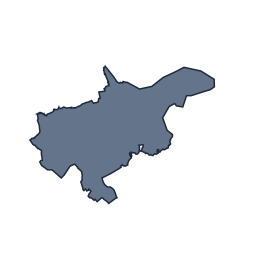 Rindal nor, Møre og Romsdal, Norway (Mercator projection), rotated 252°
{"feature_id": "86288312B78124054872734", "entity_name": "Rindal nor", "entity_type": "district", "adm_level": 2, "iso_a3": "NOR", "parent_name": "Norway", "parent_adm1": "Møre og Romsdal", "projection": "mercator", "projection_center": [9.312, 63.003], "detail": "fine", "context": "isolated", "style": "filled", "palette": "slate", "viewbox_px": 256, "rotation_deg": 252, "n_neighbors": 0, "source": "geoboundaries", "source_scale": "gbopen_adm2", "svg_char_len": 5524}
<svg xmlns="http://www.w3.org/2000/svg" viewBox="0 0 256 256"><g transform="rotate(252 128 128)"><path d="M146.9,31.0L142.5,32.3L142.2,32.3L140.6,33.4L140.4,34.1L140.2,34.2L139.3,34.5L138.9,34.8L138.5,34.9L137.7,35.4L137.1,35.5L136.7,35.8L136.3,35.8L136.1,36.4L136.1,36.5L135.9,36.8L134.5,37.7L134.4,37.8L134.4,38.1L133.1,38.7L131.4,38.0L128.6,37.3L128.1,37.4L123.8,36.5L123.9,35.0L123.0,33.6L119.0,34.3L113.1,38.6L111.6,42.9L101.1,49.1L103.1,52.9L109.5,60.9L110.0,64.1L109.9,66.4L105.0,68.3L104.9,68.1L102.3,69.8L101.5,70.0L101.0,70.4L97.3,69.9L92.2,68.0L91.6,66.6L90.7,66.5L85.9,66.5L84.6,66.4L83.4,66.1L82.1,66.7L83.2,68.7L81.7,69.2L81.1,69.2L81.2,69.5L80.9,70.0L81.0,70.2L80.9,70.5L81.0,71.0L81.8,71.6L82.0,71.9L79.3,73.2L78.7,72.3L78.2,71.9L77.6,70.8L76.4,70.0L75.7,69.1L73.9,69.7L73.3,70.3L73.1,71.2L72.7,71.6L69.8,73.4L70.2,74.3L70.4,74.6L67.5,75.9L69.8,81.5L69.4,82.1L68.2,82.8L67.4,83.1L64.9,85.2L62.2,86.4L64.8,93.9L65.1,96.0L66.7,95.7L70.7,95.8L71.7,95.6L73.6,95.4L75.7,94.3L77.4,92.9L77.8,91.5L77.9,90.8L79.0,89.7L80.5,88.8L81.9,88.1L85.0,87.7L88.1,87.8L88.5,87.7L90.1,98.0L90.9,101.5L91.3,103.0L91.8,105.8L92.7,108.8L92.8,109.3L94.0,109.2L94.1,109.7L94.2,109.8L94.5,110.3L94.9,111.1L93.9,111.4L93.6,111.6L93.0,112.7L92.7,113.5L92.6,114.2L92.6,114.6L92.9,115.5L92.8,116.2L93.5,116.5L94.1,116.5L94.3,116.7L94.3,116.8L94.5,116.9L96.6,118.5L97.6,120.0L98.5,121.5L98.5,121.9L98.7,122.0L102.0,121.3L103.7,121.8L103.5,122.6L103.4,122.7L102.0,122.2L99.9,122.6L100.3,123.1L101.8,122.8L102.1,122.9L102.4,123.1L103.0,123.0L103.3,123.1L103.3,123.4L103.3,123.5L103.8,123.7L103.3,123.9L103.1,124.1L103.1,124.8L102.8,125.0L102.9,125.4L102.6,125.8L102.6,126.0L102.6,126.3L102.3,126.4L102.3,126.6L102.1,127.0L101.1,127.2L100.6,127.6L100.3,128.5L100.5,129.3L100.8,129.9L101.8,131.0L102.0,131.3L102.0,131.7L103.2,131.8L106.0,133.0L108.3,133.0L107.4,137.1L106.0,136.9L105.5,136.7L105.4,136.3L104.8,135.8L104.7,135.5L104.5,135.2L104.2,135.0L103.7,134.9L103.1,134.3L102.8,133.6L102.5,133.1L102.2,133.0L102.1,133.3L101.6,133.8L101.2,134.4L100.9,134.9L100.5,135.1L100.1,135.8L99.6,136.4L98.4,136.7L98.3,137.0L98.3,137.4L98.3,137.9L98.2,138.2L98.2,138.3L98.1,138.5L97.4,138.9L97.0,139.3L96.5,139.6L95.7,139.8L95.6,140.2L95.4,140.6L95.6,141.3L95.2,141.5L95.2,141.8L95.1,142.1L94.6,142.4L94.1,143.1L94.1,143.3L94.8,144.2L94.9,144.4L94.9,144.8L95.2,145.2L95.1,145.6L94.8,146.0L94.4,146.7L94.4,147.4L94.6,147.9L97.7,148.9L98.4,149.4L97.7,150.5L96.4,149.7L94.9,149.2L95.0,149.5L95.4,149.9L95.6,150.3L95.6,150.6L95.3,150.9L95.3,151.1L95.6,151.6L96.1,152.0L96.3,152.6L96.9,153.8L97.2,154.5L96.6,154.8L96.4,155.1L96.3,155.3L96.4,155.7L96.1,156.1L96.2,156.9L96.4,157.3L96.4,157.7L96.7,158.4L96.6,158.9L96.7,159.3L96.6,159.7L96.6,159.9L97.2,160.4L97.6,160.5L98.9,161.2L99.1,161.7L98.9,162.0L99.1,162.1L99.2,162.7L99.4,163.1L99.5,163.3L99.4,163.4L99.5,163.5L100.2,163.6L102.0,163.5L102.3,163.7L103.1,164.6L103.5,164.6L103.9,164.5L105.0,166.1L106.2,167.6L107.6,168.2L108.2,168.2L113.7,164.5L127.0,164.1L135.7,173.7L136.7,178.9L136.6,180.1L134.1,180.9L131.1,186.6L140.6,193.6L139.2,198.3L139.2,213.4L139.0,218.0L140.5,222.9L147.7,225.0L159.7,214.9L168.4,200.0L166.9,191.1L165.6,180.6L165.4,178.6L165.1,176.8L160.2,163.5L161.5,151.0L171.8,141.2L172.2,139.8L172.9,139.0L173.4,138.1L173.7,137.8L173.3,137.2L172.5,136.9L172.7,136.2L173.8,134.8L173.2,133.9L174.3,132.5L176.0,131.5L177.9,131.1L181.3,130.1L193.8,125.4L193.3,124.8L193.1,124.0L192.7,123.4L192.5,123.5L192.4,123.7L192.1,123.7L191.3,123.0L191.1,123.1L190.4,122.6L189.7,122.8L188.0,122.6L187.6,122.4L186.9,122.6L186.2,122.4L186.3,122.8L186.4,123.1L182.7,123.0L178.2,123.6L178.3,123.3L178.0,122.8L177.0,122.9L176.0,123.4L175.6,123.4L175.5,122.9L174.3,123.0L174.2,122.6L174.3,121.5L174.2,119.7L173.8,119.2L173.2,119.1L172.8,117.4L172.6,117.4L172.7,118.2L170.2,117.3L171.3,111.5L171.0,111.3L170.4,111.3L169.6,111.5L168.8,111.1L165.1,110.8L165.2,110.7L165.2,110.4L165.0,109.2L162.9,108.2L161.8,107.1L162.2,104.4L162.1,102.9L165.3,101.8L165.2,101.0L165.2,99.7L164.9,98.4L165.2,96.1L165.1,94.9L164.8,94.0L165.0,92.8L165.0,92.3L164.8,91.7L164.7,91.3L164.1,89.8L163.9,89.0L163.9,87.7L163.5,84.7L163.4,83.7L163.7,83.7L164.1,82.3L164.3,80.5L165.1,80.7L165.4,78.3L166.0,75.7L167.8,73.3L167.4,71.6L167.2,69.8L167.7,69.6L168.6,68.7L169.2,68.7L168.0,67.6L167.6,67.2L167.3,66.6L168.0,64.7L168.7,63.7L168.7,63.2L168.4,63.1L168.3,62.9L167.4,63.1L167.1,62.3L166.4,60.8L166.3,59.4L166.1,57.4L166.2,56.9L166.1,55.9L166.0,55.5L165.5,55.1L165.5,54.8L165.3,54.6L165.4,54.4L165.2,54.2L165.4,54.2L165.2,54.1L165.4,53.9L165.2,53.8L165.3,53.6L165.7,53.6L165.8,53.4L165.8,53.2L166.0,53.2L166.6,52.9L166.6,52.6L166.9,52.7L167.1,52.5L167.0,52.4L167.3,52.4L167.2,52.3L167.4,52.2L167.8,51.8L167.9,51.5L168.0,51.3L167.9,51.3L167.9,51.2L168.1,51.2L168.3,50.9L168.2,50.9L169.0,50.7L169.0,50.4L169.3,50.2L169.4,49.8L169.7,49.6L169.8,49.3L169.5,49.3L169.6,49.1L169.4,49.1L169.5,49.0L169.4,48.8L169.5,48.7L169.2,48.5L169.4,48.3L169.3,48.2L169.7,47.9L169.5,47.7L169.4,47.6L169.5,47.5L169.5,47.4L169.4,47.0L169.6,46.8L169.4,46.6L169.4,46.4L169.4,46.2L169.4,46.4L169.6,46.3L169.5,45.9L169.4,46.1L167.2,45.7L165.9,45.6L164.4,45.3L163.3,44.3L157.7,44.4L155.8,43.9L151.7,43.1L150.6,42.1L149.6,40.3L149.6,40.2L149.3,40.0L149.3,39.8L149.2,39.7L149.3,39.4L149.3,39.1L148.6,38.1L148.1,36.6L147.7,36.4L147.8,36.2L147.7,36.0L147.7,35.9L147.7,35.6L147.2,35.4L147.6,35.0L147.6,34.7L147.6,34.0L147.8,33.7L147.7,33.5L147.8,33.2L147.5,33.0L147.1,32.3L147.2,32.2L147.1,31.4L146.9,31.0Z" fill="#64748b" stroke="#1e293b" stroke-width="1.5"/></g></svg>